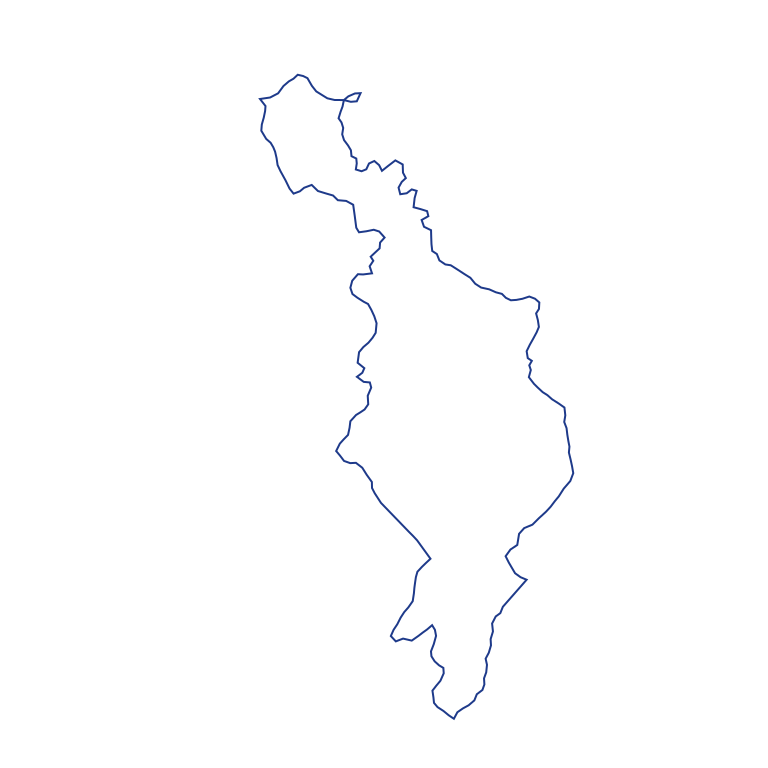 outline of Fundão, Espírito Santo, Brazil, rotated 227°
{"feature_id": "56859067B75686220387201", "entity_name": "Fundão", "entity_type": "district", "adm_level": 2, "iso_a3": "BRA", "parent_name": "Brazil", "parent_adm1": "Espírito Santo", "projection": "albers", "projection_center": [-40.334, -19.953], "detail": "fine", "context": "isolated", "style": "outline", "palette": "blue", "viewbox_px": 768, "rotation_deg": 227, "n_neighbors": 0, "source": "geoboundaries", "source_scale": "gbopen_adm2", "svg_char_len": 3458}
<svg xmlns="http://www.w3.org/2000/svg" viewBox="0 0 768 768"><g transform="rotate(227 384 384)"><path d="M355.0,302.3L349.2,305.3L345.5,309.7L337.6,311.0L329.2,309.4L320.6,308.3L316.1,304.3L310.4,302.7L299.1,300.7L259.1,301.4L253.4,301.6L247.1,301.6L224.5,298.8L224.5,292.7L224.4,287.3L223.9,280.4L221.0,275.6L217.4,271.1L214.2,267.2L210.5,263.1L205.6,256.9L204.0,249.4L203.4,243.3L201.8,236.9L199.2,229.8L197.7,223.4L195.0,217.1L187.7,217.1L184.8,224.3L177.4,229.3L176.3,237.3L175.8,242.6L175.1,248.0L174.8,254.7L169.5,253.6L164.3,250.3L159.8,243.0L156.4,236.0L152.5,233.0L146.6,231.9L140.7,232.4L135.9,233.8L131.7,230.4L128.5,222.9L127.7,216.5L126.7,210.3L121.2,206.5L116.7,203.1L111.2,202.8L104.3,204.5L97.6,205.4L91.5,206.8L93.9,213.8L92.9,220.6L91.3,226.8L91.0,234.3L93.8,240.3L93.1,247.3L95.8,252.5L100.5,256.4L103.4,262.1L108.4,267.8L113.8,271.0L116.0,277.4L119.9,284.0L124.7,288.0L128.7,294.9L135.1,299.7L137.8,307.2L137.1,312.8L140.0,319.0L143.6,354.8L149.6,352.1L156.2,350.8L162.5,352.2L168.3,353.5L175.1,355.5L176.7,363.6L175.4,371.7L182.3,380.6L183.0,388.3L179.9,396.6L180.2,405.8L180.1,415.4L180.6,422.2L181.8,429.0L182.6,435.2L184.9,444.1L186.0,454.1L189.7,461.6L195.7,465.5L201.4,468.9L207.8,472.5L211.7,476.9L216.5,479.9L221.9,483.5L227.2,487.4L233.3,489.9L237.4,495.2L243.7,499.9L250.5,498.5L258.2,496.5L264.4,495.9L269.8,494.5L276.8,494.0L281.8,493.8L290.2,494.6L294.1,500.9L298.6,503.0L300.1,507.9L304.9,506.8L310.7,510.7L313.3,517.5L315.4,524.1L317.7,530.9L320.1,536.2L325.8,540.1L331.9,543.4L333.2,548.5L337.7,553.2L343.4,552.6L348.9,549.9L351.9,543.4L355.2,538.2L358.7,533.9L363.9,531.9L369.5,531.7L374.7,528.4L381.5,525.5L388.3,520.8L395.1,519.1L402.7,519.6L409.5,517.8L418.0,515.7L425.3,513.8L429.6,510.4L436.6,508.8L443.0,511.3L448.4,510.0L453.9,514.1L459.1,518.6L464.4,523.3L471.7,520.5L478.3,523.4L476.5,530.9L481.0,533.4L487.0,530.0L493.1,526.2L499.1,533.2L503.0,539.6L507.4,537.0L508.0,530.7L511.7,525.3L517.7,528.6L519.7,534.8L519.7,540.4L525.6,542.0L531.8,547.4L539.8,544.8L540.7,535.6L541.3,527.9L547.4,529.7L553.7,529.0L555.5,523.4L553.1,517.5L554.9,512.7L560.1,509.7L563.9,514.5L567.8,517.5L572.8,515.6L577.5,519.2L583.0,520.4L589.6,521.1L595.1,523.7L599.1,528.8L604.3,531.3L609.3,532.0L612.7,537.9L615.2,542.9L619.0,548.3L625.5,541.5L631.6,537.4L637.5,535.8L644.2,534.0L651.2,534.6L659.9,536.6L664.4,534.9L669.0,531.8L669.0,526.0L670.2,520.9L670.5,513.7L668.8,504.8L671.2,496.1L677.0,487.7L668.1,486.9L664.7,483.2L660.8,477.7L657.1,471.6L652.9,467.0L643.6,465.0L637.7,465.6L632.7,464.5L628.2,462.8L622.5,459.5L616.7,455.5L610.1,453.4L600.2,450.9L591.3,448.2L584.9,447.7L582.3,453.9L582.0,459.4L578.9,466.9L570.2,467.3L562.6,471.7L556.6,475.3L549.9,475.6L543.7,481.2L536.1,483.7L527.4,477.6L517.2,470.3L512.0,469.2L507.7,475.3L503.8,481.7L498.8,484.5L490.7,484.3L490.1,477.6L486.2,473.3L486.2,466.7L486.2,461.1L481.4,460.2L479.9,453.8L473.1,450.7L478.4,443.4L482.1,439.8L481.2,431.2L477.3,425.0L471.3,422.3L465.2,423.4L457.9,425.3L453.4,426.9L446.9,425.3L440.2,423.1L433.5,420.0L427.1,412.8L425.6,407.1L424.8,400.7L425.1,394.1L424.3,387.5L417.5,379.2L409.0,380.4L407.0,375.8L407.7,369.1L399.4,370.6L394.8,374.7L390.1,372.2L386.5,364.1L379.9,358.6L378.6,352.4L379.4,347.4L380.4,342.4L379.7,334.0L375.5,329.0L371.3,323.0L371.0,316.7L370.5,311.0L367.6,303.3L361.8,303.0L355.0,302.3ZM619.0,548.3L613.0,552.2L609.3,556.9L612.7,565.2L616.3,560.9L618.7,554.1L619.0,548.3Z" fill="none" stroke="#1e3a8a" stroke-width="2"/></g></svg>